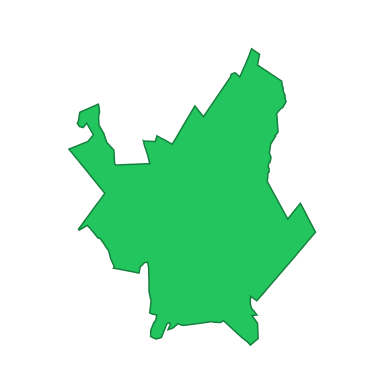 Lazdulejas pag., Balvu, Latvia (Equal Earth projection), rotated 99°
{"feature_id": "27541924B29489313148082", "entity_name": "Lazdulejas pag.", "entity_type": "district", "adm_level": 2, "iso_a3": "LVA", "parent_name": "Latvia", "parent_adm1": "Balvu", "projection": "equal_earth", "projection_center": [27.463, 57.024], "detail": "fine", "context": "isolated", "style": "filled", "palette": "green", "viewbox_px": 384, "rotation_deg": 99, "n_neighbors": 0, "source": "geoboundaries", "source_scale": "gbopen_adm2", "svg_char_len": 5294}
<svg xmlns="http://www.w3.org/2000/svg" viewBox="0 0 384 384"><g transform="rotate(99 192 192)"><path d="M340.4,199.4L338.2,199.0L329.6,197.0L328.9,196.8L326.0,196.1L324.7,193.9L325.9,192.7L331.7,194.1L330.9,192.4L330.0,190.7L328.8,189.1L327.9,188.3L326.2,186.8L324.6,185.7L324.4,183.8L324.6,183.5L325.1,181.7L325.0,179.2L324.3,176.9L323.7,174.6L322.9,172.1L321.9,168.6L321.0,165.4L320.3,163.1L319.6,160.8L318.3,156.7L317.0,152.8L317.2,150.5L316.6,144.0L315.8,142.4L314.4,141.6L314.5,141.0L314.6,140.0L315.0,139.4L316.1,137.8L316.3,137.5L321.4,129.9L322.7,127.9L324.1,125.9L326.0,122.9L328.5,119.2L329.1,117.5L330.1,116.0L331.0,114.4L332.0,112.9L332.5,112.4L334.1,110.4L332.0,108.6L329.9,106.8L328.2,105.3L326.4,103.8L323.7,104.3L321.1,104.8L316.2,105.8L311.3,106.8L309.8,108.3L308.3,109.8L306.4,111.6L304.6,113.5L303.4,108.8L303.4,108.7L301.8,110.1L300.1,112.0L298.9,113.4L297.6,115.0L297.4,115.1L296.5,115.5L294.6,116.4L293.7,116.7L293.1,117.0L286.2,117.8L285.9,117.9L287.8,113.8L289.3,111.0L283.5,107.4L282.5,106.7L282.3,106.6L281.8,106.3L281.7,106.2L281.0,105.7L276.0,102.8L271.3,99.9L270.7,99.6L269.9,99.0L268.3,98.0L264.8,95.8L259.7,92.7L254.4,89.4L247.8,85.4L243.4,82.6L238.4,79.5L236.7,78.6L229.9,74.4L221.4,69.3L212.3,63.7L206.3,68.2L200.3,72.7L192.9,78.1L186.2,83.2L194.7,88.1L203.7,93.2L195.7,99.4L188.0,105.3L180.3,111.3L172.6,117.2L169.6,119.5L166.6,119.4L162.2,119.9L161.2,120.0L161.0,119.9L160.9,119.8L160.5,119.1L160.3,119.0L160.1,119.0L156.5,119.6L156.4,119.7L156.3,119.8L156.1,120.4L153.6,120.7L151.8,120.7L151.0,120.3L150.7,119.7L147.0,119.4L145.4,119.4L142.8,120.8L141.6,121.7L139.1,121.7L136.5,121.7L132.8,121.8L132.5,121.8L128.2,120.0L123.8,118.2L123.4,118.9L123.3,119.0L121.8,117.8L121.4,117.4L119.2,116.4L118.3,116.6L113.8,117.7L108.8,118.8L103.2,120.1L102.5,120.6L102.1,120.9L99.0,119.3L98.0,118.7L97.5,118.4L97.1,118.2L96.6,117.9L96.4,117.7L96.0,117.5L95.8,117.3L95.5,117.0L95.3,116.8L95.0,116.4L94.7,116.0L94.5,115.8L94.4,115.6L91.3,114.4L88.2,113.3L88.0,113.2L86.9,113.8L86.4,114.1L86.0,114.3L84.5,114.8L83.7,115.0L83.1,115.0L82.6,115.1L82.2,115.2L81.7,115.4L81.0,115.9L80.4,116.2L79.4,117.0L78.9,117.2L78.5,117.4L77.5,117.7L77.1,117.8L76.5,118.0L75.6,118.1L75.3,118.1L75.0,118.2L74.6,118.4L73.3,119.2L73.0,119.4L72.6,119.5L72.0,119.7L70.8,120.1L69.8,120.4L69.3,120.5L68.5,120.8L68.4,120.9L67.6,122.7L66.2,125.8L65.7,126.8L65.2,127.7L63.6,131.4L62.8,133.1L62.1,134.6L61.7,135.3L61.4,136.0L59.6,140.0L58.5,142.5L57.5,144.5L56.3,147.2L53.2,147.1L47.9,146.9L45.4,146.8L44.5,148.8L42.9,152.2L41.2,155.5L45.0,156.4L45.5,156.5L45.9,156.5L46.9,156.7L47.7,156.8L50.1,157.4L53.5,158.2L57.2,159.1L58.1,159.3L61.1,160.2L63.9,161.0L64.6,161.1L69.0,162.3L70.9,162.8L69.2,165.4L67.5,168.0L68.3,169.8L69.5,171.7L72.5,172.0L80.5,175.8L90.6,180.6L100.2,185.1L110.4,189.9L115.8,192.4L111.0,197.8L106.5,202.6L116.8,206.7L125.8,210.3L133.8,213.4L143.3,217.1L147.9,219.1L147.6,219.9L145.6,225.2L144.4,228.3L144.0,230.1L142.0,235.4L144.9,235.8L147.9,236.2L148.5,241.6L148.9,245.0L149.2,247.1L149.2,247.6L149.1,247.9L149.4,247.7L152.2,246.8L152.8,246.5L154.7,245.6L156.5,244.6L158.3,243.7L160.1,242.8L162.2,241.7L164.2,240.8L166.2,240.0L168.4,239.1L170.6,238.1L170.9,239.5L171.0,239.8L171.7,243.6L171.9,244.6L172.7,248.5L172.7,248.9L173.3,251.5L173.6,252.8L173.9,254.6L174.2,256.0L174.2,256.3L174.4,257.3L175.0,260.2L175.0,260.3L175.8,264.2L176.7,268.2L177.3,271.5L176.7,272.2L175.8,272.9L175.7,273.0L174.5,273.2L171.9,273.8L170.3,274.1L168.4,274.5L165.7,275.1L162.9,275.7L162.8,275.8L162.7,275.9L162.1,276.7L160.8,278.3L159.3,280.2L156.4,283.9L155.3,284.4L150.0,287.3L149.2,287.7L147.9,288.3L146.3,289.7L144.5,291.1L143.0,292.3L141.5,293.6L140.5,294.3L140.3,294.4L136.4,295.2L133.0,295.9L132.2,296.1L130.7,296.0L127.5,295.8L124.4,296.7L121.4,297.5L121.2,297.6L120.7,298.0L120.3,298.2L119.9,298.3L120.0,298.5L123.3,303.6L126.4,308.4L128.1,311.1L129.5,313.3L130.9,315.3L133.9,315.3L138.4,315.2L138.6,315.2L138.8,315.2L142.2,316.0L144.9,313.4L145.4,309.6L143.7,308.6L140.5,306.7L147.7,301.0L151.0,298.3L158.5,302.8L161.7,308.3L164.2,312.3L168.9,320.3L171.2,317.7L173.5,315.1L175.6,312.8L176.8,311.4L178.0,310.0L181.2,306.5L184.4,302.9L187.6,299.3L190.8,295.8L194.0,292.3L197.1,288.8L200.4,285.2L203.6,281.6L205.2,279.8L206.9,277.9L211.9,280.4L216.9,282.9L218.3,283.8L219.8,284.6L222.5,286.0L227.2,288.4L232.0,290.8L235.2,292.5L238.3,294.1L240.1,295.0L246.5,298.3L246.6,298.2L247.3,297.5L244.1,293.5L242.7,291.9L241.4,290.3L242.4,288.8L243.4,287.4L245.6,285.0L247.7,282.5L249.2,280.9L250.6,279.3L252.3,277.3L251.9,275.8L254.3,273.5L256.6,271.1L258.2,269.8L259.7,268.5L261.3,266.9L263.0,265.2L266.8,263.5L268.5,262.8L270.6,261.8L271.2,261.5L274.5,259.3L277.8,257.1L279.5,257.7L279.6,251.6L279.8,246.5L280.0,239.7L280.2,235.3L280.4,231.7L276.2,231.5L274.4,231.6L271.6,229.6L268.9,227.5L268.4,224.8L270.9,223.9L273.3,223.0L275.9,222.5L278.5,222.1L281.8,221.4L285.2,220.8L288.8,220.2L291.2,219.8L293.6,219.4L295.7,219.2L299.1,218.1L302.8,216.7L306.5,215.2L307.5,215.2L309.9,215.2L312.3,215.1L318.0,214.9L318.4,213.8L318.8,211.7L318.9,209.5L318.9,209.4L319.0,207.5L323.2,207.7L326.2,208.3L326.3,208.9L326.7,209.2L334.9,211.1L337.2,210.8L337.6,210.7L341.1,210.3L341.8,208.3L342.5,206.2L342.8,204.7L342.5,203.7L341.5,201.6L340.4,199.4Z" fill="#22c55e" stroke="#15803d" stroke-width="1.5"/></g></svg>